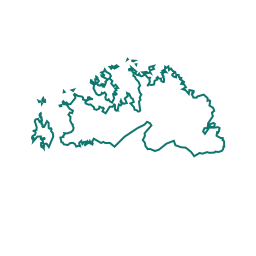 Sengerema, Mwanza, United Republic of Tanzania (Robinson projection), rotated 317°
{"feature_id": "72390352B95612948822264", "entity_name": "Sengerema", "entity_type": "district", "adm_level": 2, "iso_a3": "TZA", "parent_name": "United Republic of Tanzania", "parent_adm1": "Mwanza", "projection": "robinson", "projection_center": [32.45, -2.582], "detail": "fine", "context": "isolated", "style": "outline", "palette": "teal", "viewbox_px": 256, "rotation_deg": 317, "n_neighbors": 0, "source": "geoboundaries", "source_scale": "gbopen_adm2", "svg_char_len": 5755}
<svg xmlns="http://www.w3.org/2000/svg" viewBox="0 0 256 256"><g transform="rotate(317 128 128)"><path d="M157.2,193.8L163.3,195.1L165.0,197.6L169.4,199.6L170.5,201.6L174.6,205.0L175.7,204.8L177.9,207.3L180.9,208.7L183.0,208.4L185.2,206.7L185.7,207.2L189.1,203.3L189.4,201.8L188.2,200.9L189.4,201.4L190.4,200.0L188.8,198.2L187.5,194.0L189.7,192.3L190.3,193.0L191.0,192.6L189.9,192.5L190.3,191.8L192.1,192.5L194.9,190.5L194.3,188.7L191.1,186.3L194.3,184.2L194.0,182.6L189.5,180.7L189.2,183.4L190.9,185.3L190.4,185.6L187.7,183.1L180.3,184.7L180.6,181.7L183.8,180.3L185.5,181.8L187.5,181.4L189.8,179.2L198.0,177.3L199.9,174.0L202.7,174.3L204.0,171.4L202.9,167.1L206.5,164.3L206.4,163.2L204.7,162.4L206.6,160.5L206.1,155.2L200.0,152.2L198.8,152.6L196.6,150.3L197.7,146.8L199.1,147.0L199.4,145.9L200.8,146.4L201.3,145.6L198.8,142.1L195.7,144.5L195.9,139.6L194.4,136.8L198.2,137.7L198.7,134.2L197.0,132.0L198.8,131.5L199.4,132.9L200.4,132.5L199.3,127.7L200.0,127.1L201.5,128.6L199.9,125.6L201.2,123.7L199.4,122.2L197.7,123.7L196.4,121.5L196.3,119.6L197.2,119.0L199.9,119.4L200.2,120.2L200.7,119.4L199.6,116.7L200.0,113.8L197.5,113.6L199.5,110.5L197.2,110.2L196.9,108.6L195.0,110.3L193.3,109.9L194.2,111.1L194.0,113.3L191.4,110.4L190.3,110.3L190.9,112.0L189.3,112.4L189.3,114.5L188.2,114.7L188.1,116.3L186.0,118.7L185.2,118.6L184.4,116.4L185.8,114.4L184.1,112.7L184.5,111.0L183.1,110.9L182.1,112.4L179.6,111.6L176.8,113.9L174.6,112.7L173.0,110.4L170.7,110.5L175.6,109.1L176.7,107.0L178.3,106.3L176.8,104.8L176.9,100.4L173.4,99.7L172.5,98.3L173.2,95.9L171.5,96.4L170.7,95.2L170.6,92.4L172.5,92.5L171.8,86.3L170.6,89.0L169.9,89.0L169.4,92.2L167.5,93.4L168.0,95.3L167.2,97.5L167.2,101.5L165.8,105.2L162.8,106.0L160.7,110.3L160.6,112.6L157.2,113.8L156.4,115.9L154.1,116.1L148.9,123.5L147.8,123.5L148.1,124.0L146.5,122.6L146.5,120.9L145.3,119.1L146.6,116.8L146.6,111.7L149.9,112.9L151.3,110.1L150.8,107.9L152.1,104.0L151.2,101.8L149.6,104.5L145.8,104.2L144.1,108.9L141.6,107.5L140.9,105.2L141.7,103.0L140.3,103.7L139.9,106.3L138.1,106.5L137.4,104.6L133.1,107.5L132.1,107.2L132.2,108.1L131.2,107.3L131.1,105.7L134.2,102.1L134.0,101.3L131.2,102.0L129.2,100.0L121.7,102.0L120.7,98.4L123.6,97.2L123.6,96.0L122.6,95.4L121.7,92.9L120.1,94.1L117.4,93.3L116.2,91.1L117.3,89.6L116.7,85.2L115.1,84.1L113.8,81.2L114.3,80.0L116.9,80.0L119.1,80.5L122.0,82.9L120.7,80.4L120.8,79.1L119.5,78.3L118.1,79.8L116.5,79.7L114.5,76.4L115.8,75.3L115.9,73.9L113.4,70.6L112.2,66.7L111.1,66.9L110.9,69.2L109.7,70.2L102.2,71.3L100.6,70.1L100.3,67.2L98.8,66.9L98.9,64.3L98.0,64.4L96.8,66.4L99.1,68.8L98.4,73.8L99.5,77.8L97.3,79.0L96.1,77.1L93.5,77.7L93.5,80.7L90.8,83.1L89.7,86.6L90.0,87.9L89.0,88.5L88.4,90.7L86.4,92.1L83.8,92.2L79.7,90.4L77.9,88.3L77.5,89.4L75.3,89.5L74.7,90.5L72.0,88.9L69.6,93.0L70.4,94.1L69.9,96.1L72.3,99.4L75.5,99.6L77.5,101.2L78.3,103.4L77.5,106.3L79.7,107.2L80.5,108.6L82.1,105.6L85.1,105.6L83.7,108.6L86.4,108.2L87.0,109.5L87.2,108.2L87.3,109.8L88.8,109.8L88.2,110.5L89.1,110.9L88.5,111.8L89.1,112.5L91.1,111.6L90.5,113.6L91.2,113.3L91.6,113.7L90.5,113.9L90.8,115.7L91.7,115.2L91.8,113.7L95.7,112.5L98.1,120.6L100.5,121.4L101.1,123.4L104.6,126.6L105.4,132.5L119.3,132.0L135.0,134.6L142.3,136.8L146.2,136.5L147.3,139.5L146.9,142.1L136.5,143.2L135.0,145.3L130.6,146.9L130.3,150.2L128.5,153.1L128.0,156.9L129.9,158.5L132.0,163.2L135.7,164.9L145.5,165.7L152.8,168.6L150.9,173.0L153.8,178.4L156.8,181.7L157.8,188.7L157.2,193.8ZM133.9,68.4L133.5,67.8L131.6,69.5L132.8,73.2L129.7,75.6L128.1,81.8L129.2,84.5L131.7,85.3L132.9,84.4L133.6,85.9L135.2,86.1L134.9,88.7L132.3,90.1L131.3,92.1L132.0,93.8L133.4,93.8L132.9,96.3L133.7,98.6L138.0,96.9L140.3,92.9L141.1,93.1L141.4,95.2L142.6,95.6L143.1,94.9L142.4,92.8L143.0,92.1L145.3,92.5L145.6,90.3L148.0,91.9L148.4,87.9L145.9,87.8L146.1,84.0L148.6,83.0L148.4,78.9L150.9,78.4L151.6,76.1L150.4,72.0L151.0,69.3L148.8,70.3L146.3,69.2L146.7,73.0L145.8,73.4L144.4,71.5L144.0,72.3L146.4,78.8L143.0,78.7L142.8,79.7L140.7,80.8L139.9,79.4L139.6,81.0L138.6,81.5L137.9,80.6L138.0,77.8L136.3,77.9L135.3,76.1L135.8,74.2L138.7,73.8L139.2,72.1L137.2,70.0L134.6,73.9L133.4,73.4L134.0,70.9L132.8,70.0L133.9,68.4ZM66.1,58.7L64.5,59.4L61.7,65.3L59.7,67.0L56.2,65.3L57.7,66.5L57.4,68.3L55.5,69.5L52.8,68.8L51.0,69.7L50.8,70.4L52.1,70.4L52.1,71.1L49.4,73.2L55.9,72.5L58.5,74.8L56.7,76.6L56.9,77.7L58.4,77.3L60.0,78.3L59.7,79.0L57.5,78.4L55.7,81.1L54.3,79.7L52.7,81.2L53.3,82.7L52.2,82.0L51.8,82.7L52.1,83.7L53.0,83.4L52.6,85.4L55.6,82.3L57.8,83.9L57.1,87.9L67.6,83.2L69.5,80.5L69.6,77.8L71.3,76.7L71.5,75.6L70.1,75.0L70.0,73.9L73.5,70.0L73.4,67.7L67.4,70.0L66.5,69.4L66.4,68.4L67.9,67.2L67.5,66.1L71.1,62.6L67.8,64.1L67.4,63.5L68.5,60.0L66.1,58.7ZM185.1,98.0L183.8,99.2L183.5,100.8L187.2,102.6L187.7,100.6L189.3,100.2L185.1,98.0ZM159.4,73.8L158.8,72.3L158.2,73.5L158.7,75.3L162.7,76.3L162.4,74.3L159.4,73.8ZM179.8,99.6L176.6,97.2L176.8,99.1L180.4,101.6L179.8,99.6ZM86.4,48.3L84.6,48.8L83.6,50.0L85.5,50.3L86.4,48.3ZM157.5,73.1L157.3,71.6L156.3,70.8L156.1,73.2L157.5,73.1ZM178.7,83.3L176.5,80.9L177.3,82.9L178.7,83.3ZM71.3,62.1L72.4,60.4L72.0,59.0L71.1,60.4L71.3,62.1ZM168.8,85.7L168.2,86.7L169.5,87.8L169.9,86.2L168.8,85.7ZM93.3,64.9L93.0,65.7L94.1,66.5L94.7,65.6L93.3,64.9ZM86.9,110.5L85.0,110.8L84.9,111.3L86.4,111.5L86.9,110.5ZM114.6,63.0L112.8,62.1L113.2,63.4L114.6,63.0ZM81.1,47.3L80.7,48.5L82.5,49.1L81.4,48.2L81.1,47.3ZM139.8,68.7L139.3,69.1L139.3,70.6L140.0,70.3L139.8,68.7ZM106.2,58.4L106.2,57.3L105.4,58.0L106.2,58.4ZM182.4,101.8L181.8,102.2L182.0,103.1L182.4,101.8ZM74.3,57.7L73.1,57.6L72.6,58.0L74.0,58.3L74.3,57.7ZM177.1,87.4L177.6,87.1L177.2,86.8L177.1,87.4ZM85.2,52.4L85.6,51.9L84.8,52.1L85.2,52.4ZM174.7,77.3L174.1,77.6L174.7,77.7L174.7,77.3ZM82.6,51.2L81.9,51.1L81.6,51.5L82.6,51.2Z" fill="none" stroke="#0f766e" stroke-width="2"/></g></svg>